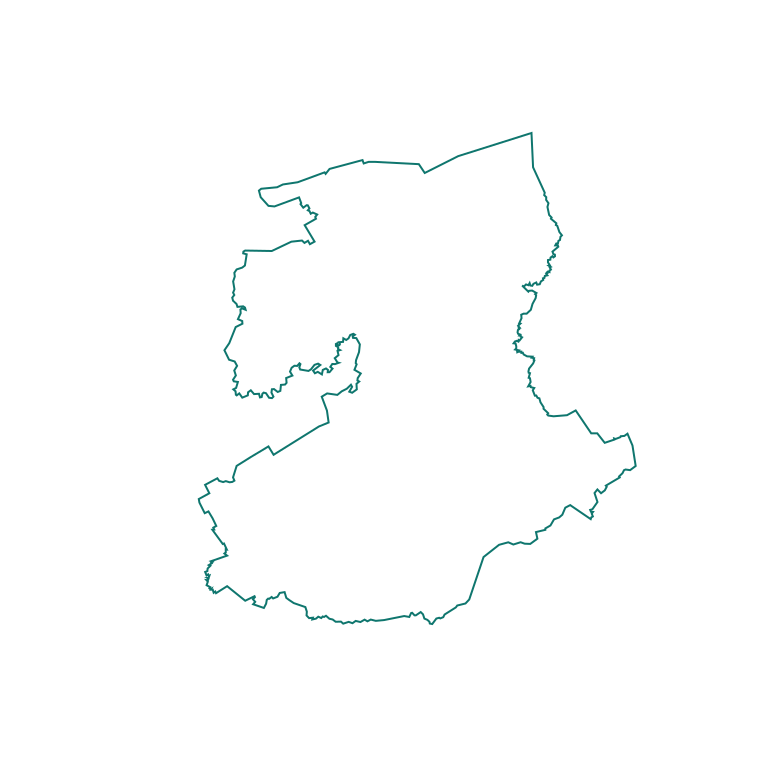 the district of Cotabato, Cotabato, Philippines, rotated 59°
{"feature_id": "2640588B30235147478886", "entity_name": "Cotabato", "entity_type": "district", "adm_level": 2, "iso_a3": "PHL", "parent_name": "Philippines", "parent_adm1": "Cotabato", "projection": "natural_earth1", "projection_center": [124.836, 7.183], "detail": "fine", "context": "isolated", "style": "outline", "palette": "teal", "viewbox_px": 768, "rotation_deg": 59, "n_neighbors": 0, "source": "geoboundaries", "source_scale": "gbopen_adm2", "svg_char_len": 6165}
<svg xmlns="http://www.w3.org/2000/svg" viewBox="0 0 768 768"><g transform="rotate(59 384 384)"><path d="M376.8,193.9L375.3,193.3L375.7,191.9L374.2,190.5L375.0,188.0L373.1,188.2L373.1,186.9L372.3,187.1L372.0,185.7L373.3,184.5L372.0,183.7L371.9,182.0L369.4,181.9L369.5,180.8L367.3,181.9L367.6,180.7L364.2,180.8L362.2,179.6L363.1,177.4L361.4,176.1L361.2,173.8L362.7,173.6L362.6,171.7L361.1,170.9L359.9,171.9L357.3,171.4L356.1,163.9L354.7,163.6L353.4,165.8L352.3,164.0L353.0,162.4L351.1,160.7L351.2,159.0L348.7,156.9L348.2,154.9L344.1,155.4L337.6,154.0L336.2,154.8L335.0,153.5L328.3,155.8L327.6,154.6L324.2,155.4L316.4,152.7L313.7,149.9L309.7,150.2L307.4,148.7L304.6,149.4L302.8,147.7L275.0,144.6L244.8,128.3L226.9,203.0L224.1,240.4L213.5,240.9L189.3,276.8L185.7,282.7L184.5,287.8L181.0,287.1L171.6,319.9L173.8,325.8L172.0,325.9L166.6,354.1L160.9,367.9L160.3,374.3L153.4,388.7L153.8,391.6L160.4,393.5L171.8,391.3L175.4,386.4L180.3,360.7L186.3,361.8L186.8,362.9L191.3,362.4L190.9,358.2L191.6,357.3L195.1,357.5L195.9,359.8L197.4,358.8L200.3,359.1L200.4,356.7L204.3,354.0L205.4,356.9L207.3,357.2L207.0,370.2L226.2,370.2L226.0,375.5L222.1,375.4L222.1,379.5L218.8,380.4L214.3,390.1L212.2,411.7L198.1,434.3L198.1,436.3L199.5,437.4L202.1,434.9L210.8,442.2L211.2,445.6L209.9,451.3L211.6,455.0L215.0,456.5L218.4,460.5L225.8,463.4L228.0,466.3L230.6,466.5L231.8,469.6L234.9,470.5L239.5,469.2L242.4,469.9L244.9,464.7L246.9,463.8L249.1,464.4L246.0,466.8L246.2,468.7L249.5,470.4L253.2,475.8L257.0,473.1L259.4,474.3L258.8,481.8L269.3,495.6L272.9,503.4L283.4,504.3L287.8,500.4L292.8,500.6L295.3,505.4L300.4,506.6L302.6,511.2L304.3,511.4L307.0,508.2L311.2,512.8L311.0,515.9L313.8,515.0L316.9,516.5L317.9,516.1L317.5,512.9L322.7,512.5L323.6,506.6L321.1,504.8L320.8,501.4L325.7,500.6L328.0,496.2L331.6,497.2L332.2,495.6L329.7,493.2L329.4,491.6L331.1,489.9L336.6,489.6L338.4,487.3L337.9,485.3L333.4,484.9L330.8,482.8L331.7,480.9L336.1,479.2L336.5,476.4L331.7,472.8L333.5,469.1L332.8,466.9L328.5,464.8L329.6,458.2L325.0,458.2L322.5,454.8L322.2,451.4L323.8,449.1L322.7,445.8L323.9,445.4L326.1,448.0L328.4,448.4L333.9,442.0L333.8,439.0L331.8,433.7L332.6,430.0L334.9,428.8L336.0,437.9L339.2,437.7L339.5,434.5L343.8,432.3L340.4,429.2L340.8,425.7L343.1,424.8L344.9,426.2L345.8,424.6L344.3,420.2L341.7,421.2L340.2,418.0L341.7,415.8L342.5,411.9L341.5,412.8L336.5,412.9L335.8,408.1L331.7,406.8L332.3,404.2L330.3,405.4L328.9,404.3L326.6,405.6L324.9,404.6L325.0,403.2L326.8,404.0L327.7,402.2L327.1,401.2L325.0,401.1L326.8,397.4L323.9,395.3L326.8,393.7L326.6,390.9L324.6,387.7L325.2,384.4L326.8,383.6L327.0,386.3L328.5,386.8L330.4,384.1L337.6,384.3L343.8,389.0L349.2,395.7L351.6,397.5L353.0,397.3L356.6,402.0L363.0,398.5L365.4,403.5L367.3,405.0L369.1,404.0L369.7,407.5L374.6,410.1L375.1,415.8L372.7,417.7L370.0,412.8L367.6,412.7L368.9,418.3L368.5,424.0L369.3,429.6L362.8,437.6L362.8,443.9L377.4,446.6L388.5,451.3L386.9,461.6L387.8,515.1L378.0,515.2L378.0,535.7L378.3,552.5L386.3,561.5L389.8,562.0L389.8,564.5L388.7,567.0L385.8,569.6L385.2,572.4L382.1,575.2L379.0,575.4L378.3,589.3L387.7,590.0L387.2,602.0L390.6,603.3L402.4,604.2L402.8,600.1L410.8,600.1L419.3,600.9L419.2,604.3L421.3,604.5L420.5,606.2L438.1,604.6L438.3,603.3L444.9,604.0L444.2,604.8L446.9,606.4L447.1,608.1L450.3,606.9L446.8,623.5L448.2,622.6L448.2,624.1L449.0,624.0L449.0,627.4L450.4,626.5L451.3,630.2L453.4,631.8L453.0,634.1L456.7,634.7L456.6,632.8L458.2,633.1L458.3,632.3L459.9,634.2L459.3,635.3L460.5,634.7L461.5,636.0L460.6,637.2L462.7,636.8L465.1,639.7L468.6,637.6L469.2,638.9L470.6,638.5L470.6,637.6L471.1,638.4L472.0,636.7L475.2,637.5L475.0,635.5L476.8,635.7L476.5,622.6L498.3,614.6L499.2,604.3L500.2,604.4L501.0,607.2L504.4,606.6L505.4,609.6L514.1,602.3L511.6,598.2L508.7,595.7L508.3,593.8L509.0,593.1L508.7,590.0L510.7,589.5L511.5,584.9L509.4,581.0L511.2,576.4L517.0,577.9L520.4,576.5L525.3,574.2L534.7,566.3L539.4,567.4L542.5,569.6L546.1,568.8L547.7,565.3L548.9,566.7L550.1,563.1L549.6,560.2L552.3,558.3L551.7,556.3L552.8,555.4L552.8,553.1L557.1,551.7L559.4,549.3L562.9,547.9L565.5,543.3L568.4,542.4L569.7,536.8L572.8,534.2L572.5,530.3L575.9,526.8L576.0,522.0L578.9,520.4L579.1,516.7L582.8,513.0L586.4,505.5L593.3,486.2L596.7,482.3L594.3,478.7L594.6,477.7L598.0,477.0L598.7,475.9L598.4,470.0L601.5,469.2L605.9,470.2L608.5,468.3L611.2,467.5L612.9,468.1L614.6,466.3L612.0,459.9L612.8,457.1L613.9,456.5L614.4,453.3L612.8,450.8L612.5,437.5L611.6,435.3L614.1,427.2L612.6,421.9L583.6,387.8L581.1,368.2L583.7,359.0L588.2,355.8L590.0,348.4L593.3,345.7L596.4,341.0L595.6,332.2L589.2,330.0L592.1,320.8L590.9,320.1L591.0,314.2L587.6,308.0L588.6,302.6L587.9,298.5L583.4,292.3L583.7,286.8L606.3,276.4L605.1,275.0L605.1,273.2L602.1,272.7L601.3,270.8L600.2,272.4L598.1,272.1L598.7,269.9L595.1,261.8L585.9,259.7L584.3,255.4L589.4,254.2L588.9,249.5L586.8,246.0L585.4,246.2L585.5,230.1L584.3,230.1L583.3,225.5L581.5,222.7L581.7,221.0L584.6,217.4L583.9,210.5L564.7,202.7L552.0,200.9L552.3,204.7L550.7,208.0L551.3,208.8L550.4,213.8L549.2,214.8L550.3,215.2L548.1,225.1L536.1,226.6L533.0,231.8L505.4,233.3L505.0,243.2L499.0,255.3L495.6,259.5L494.3,259.8L493.6,258.3L487.4,260.0L486.0,259.1L480.3,259.3L476.3,258.2L474.9,259.5L472.3,259.4L471.7,260.7L466.0,259.7L464.8,257.3L462.3,259.8L461.1,259.4L460.3,261.6L457.8,257.3L454.2,255.9L453.2,256.8L449.9,253.3L448.9,254.2L447.6,253.7L445.5,251.7L443.2,245.6L441.2,242.9L440.4,243.3L439.2,242.0L437.5,243.9L437.0,242.7L434.0,247.1L430.6,249.1L428.7,248.9L428.1,250.2L427.0,249.6L426.1,251.3L425.5,251.0L425.4,253.4L424.2,252.9L424.2,251.5L422.0,253.8L421.6,252.3L419.8,251.2L417.1,250.4L415.9,251.9L415.0,249.9L415.4,247.9L416.8,247.0L415.6,245.9L416.5,245.4L415.1,241.6L413.7,242.5L412.8,241.8L412.1,243.0L411.6,241.9L410.0,243.2L408.5,242.9L406.7,241.4L406.6,239.9L405.6,239.8L405.9,238.7L403.2,239.1L402.5,236.1L401.7,237.0L398.4,232.2L395.3,230.7L395.6,228.1L397.2,225.5L396.0,219.9L391.8,215.4L388.5,209.8L386.2,207.8L384.8,208.2L384.5,206.5L380.2,208.9L378.8,211.7L379.2,212.7L370.8,214.9L372.5,213.7L371.8,211.0L373.7,209.3L372.5,207.2L375.0,207.8L376.2,206.3L375.1,204.3L375.4,201.2L377.7,201.6L378.7,199.1L376.9,196.7L376.8,193.9Z" fill="none" stroke="#0f766e" stroke-width="2"/></g></svg>